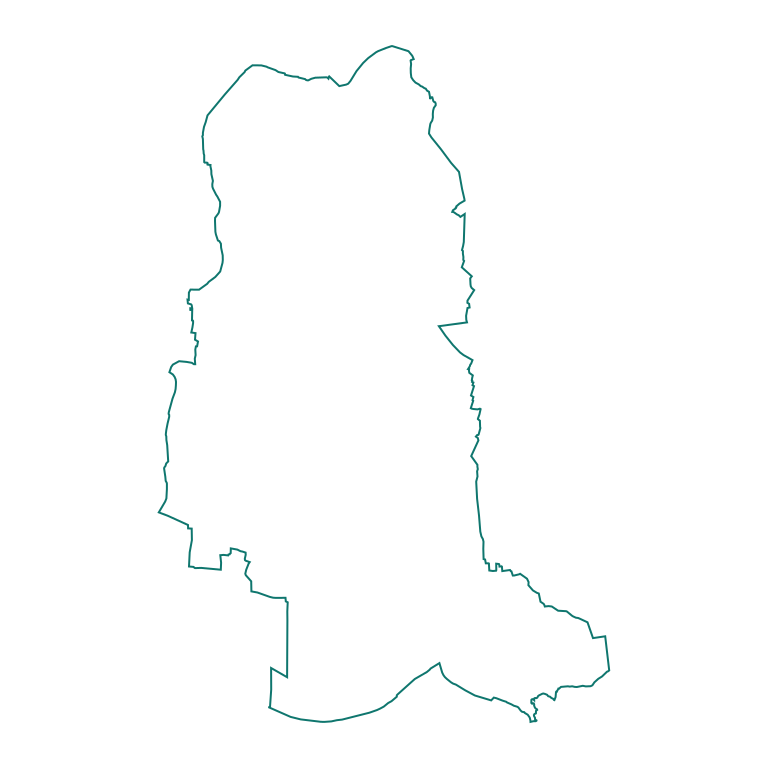 outline of Bang Sai, Phra Nakhon Si Ayutthaya, Thailand
{"feature_id": "78962969B26505935473539", "entity_name": "Bang Sai", "entity_type": "district", "adm_level": 2, "iso_a3": "THA", "parent_name": "Thailand", "parent_adm1": "Phra Nakhon Si Ayutthaya", "projection": "robinson", "projection_center": [100.488, 14.22], "detail": "fine", "context": "isolated", "style": "outline", "palette": "teal", "viewbox_px": 768, "rotation_deg": 0, "n_neighbors": 0, "source": "geoboundaries", "source_scale": "gbopen_adm2", "svg_char_len": 6063}
<svg xmlns="http://www.w3.org/2000/svg" viewBox="0 0 768 768"><path d="M207.5,115.4L205.7,122.1L204.0,126.9L202.9,132.8L202.9,135.2L202.3,136.3L202.9,139.0L203.2,149.3L203.5,150.6L203.7,153.6L204.2,155.2L204.2,162.1L204.7,162.6L206.5,162.6L207.4,162.8L207.6,163.2L207.4,164.1L207.5,164.6L210.5,165.0L210.4,166.1L211.3,170.5L211.4,174.2L212.9,180.9L212.3,184.1L212.4,186.8L213.0,188.6L216.1,194.7L217.4,196.6L220.1,201.8L220.1,205.8L219.0,212.0L218.4,213.4L215.1,217.8L215.0,220.8L215.4,231.8L215.9,234.4L217.9,240.5L219.3,241.1L220.9,243.7L221.1,247.7L222.7,255.3L222.8,260.1L222.5,262.9L220.2,271.5L215.3,277.0L208.8,281.8L207.2,283.8L199.0,289.7L190.5,289.6L188.9,292.6L188.8,299.9L187.5,299.6L187.9,303.4L191.2,304.4L191.7,305.2L192.2,308.3L190.3,308.2L190.3,309.9L192.2,310.2L192.0,320.4L192.9,320.6L193.1,321.0L193.1,323.0L192.4,327.6L191.3,332.5L195.5,333.1L195.0,339.7L198.0,341.5L197.1,346.3L195.9,346.4L195.3,349.6L195.6,355.1L194.8,358.7L195.2,364.2L193.9,364.2L191.8,362.8L186.5,361.9L179.1,361.2L172.9,364.6L171.2,367.0L169.4,372.2L172.9,374.5L174.6,376.9L175.6,379.3L176.0,381.9L175.9,385.2L175.6,389.0L174.9,392.3L172.5,398.7L168.8,412.2L168.6,413.9L169.2,414.9L169.2,416.8L167.6,423.4L166.3,430.1L165.9,433.4L165.8,434.9L166.3,436.4L166.4,440.0L167.2,445.1L168.2,461.4L166.2,463.5L165.4,466.1L164.3,467.5L164.1,468.5L165.3,476.6L165.7,480.9L166.7,482.7L166.9,483.7L166.9,489.2L166.4,498.4L165.2,501.5L158.8,512.4L167.6,515.7L188.0,525.0L188.1,528.4L191.7,528.6L191.9,540.1L189.7,552.3L189.0,566.5L193.5,566.9L194.6,567.9L195.1,568.1L201.1,567.9L220.8,569.7L221.1,562.7L220.3,555.2L223.5,554.9L228.2,555.4L228.5,554.5L229.7,554.3L229.9,553.7L230.7,553.1L230.8,548.4L237.4,549.6L240.5,551.2L242.6,551.6L245.6,552.6L245.7,554.8L244.8,558.8L245.0,560.1L245.7,560.7L249.7,562.1L248.6,563.7L246.2,569.8L245.3,573.7L245.8,575.2L251.2,581.3L251.4,591.4L257.4,592.5L269.8,596.9L273.1,597.7L276.1,597.9L285.5,597.8L285.8,601.4L287.7,602.3L287.3,611.5L287.4,620.3L287.1,677.2L271.1,668.0L271.2,689.6L270.0,707.1L268.4,707.1L290.6,716.9L300.7,719.4L320.9,721.8L324.2,721.9L331.3,721.4L336.9,720.2L342.1,719.6L369.4,712.7L377.1,710.0L380.1,708.6L383.8,706.6L388.2,703.0L391.5,701.2L396.8,696.7L396.8,695.3L397.4,694.6L414.8,679.0L426.9,672.0L429.8,669.6L430.5,668.6L439.4,663.1L442.2,672.6L443.5,675.2L444.9,677.1L446.8,678.9L451.0,682.3L453.1,683.6L455.9,684.6L465.2,690.3L474.9,695.5L491.2,700.4L493.8,697.6L496.3,698.2L502.5,700.6L506.3,701.8L506.9,702.4L511.5,704.4L513.8,705.7L517.1,706.7L518.3,707.4L520.7,710.6L522.1,711.8L524.3,712.2L524.7,712.9L527.7,714.7L529.7,717.5L530.4,720.3L530.5,721.9L533.4,721.2L535.7,721.2L536.4,720.8L536.5,720.4L535.1,719.5L535.0,717.8L534.1,716.2L533.9,715.1L534.5,714.0L535.9,713.4L536.0,710.9L537.2,709.9L537.0,709.3L535.9,708.7L534.9,707.6L534.1,705.5L534.2,704.4L533.8,703.4L532.7,703.2L532.1,703.7L531.3,702.9L531.4,699.8L531.9,699.3L533.0,699.1L534.2,700.2L534.2,699.0L534.5,698.2L535.2,698.0L536.6,698.1L537.4,697.5L538.0,696.2L538.8,695.5L542.2,693.8L543.2,693.5L544.9,693.9L547.1,694.8L548.2,696.2L550.0,696.7L551.3,697.9L553.3,698.9L553.9,699.9L554.4,700.1L555.6,697.0L556.0,692.0L556.4,691.5L556.8,691.7L558.4,688.6L558.9,688.8L561.0,686.9L567.9,686.3L569.7,686.6L572.2,686.3L574.8,686.9L576.9,687.0L582.8,685.8L585.8,686.4L590.6,686.2L592.4,685.3L594.4,682.3L598.3,678.8L602.0,676.5L607.0,671.7L608.1,671.3L609.2,670.4L605.2,636.3L593.0,638.1L587.5,622.3L579.8,618.7L578.2,618.0L575.9,617.7L573.1,616.4L572.1,615.8L566.9,611.5L566.1,611.2L558.1,610.7L551.8,606.5L548.6,606.1L544.8,606.5L544.5,605.4L543.7,603.9L540.5,601.7L538.8,593.5L536.8,592.8L532.9,590.4L528.4,585.2L528.6,582.1L527.0,578.7L520.1,573.8L519.2,574.3L514.2,575.5L512.8,575.5L511.4,571.3L510.7,571.1L510.0,570.0L502.3,571.1L501.9,566.6L501.5,566.3L499.5,566.6L499.2,564.4L498.9,564.0L496.2,563.7L496.3,570.1L496.1,570.7L492.9,571.0L489.3,570.5L488.9,563.5L488.6,563.3L485.8,563.3L485.1,559.5L483.6,559.1L483.3,548.8L483.5,541.7L482.9,539.1L481.4,536.4L480.3,531.6L479.0,515.4L477.1,498.8L476.2,481.6L477.5,476.5L477.1,471.3L477.8,469.1L477.4,466.7L477.4,464.8L471.2,456.1L478.4,440.4L477.8,438.0L475.9,436.6L477.1,435.1L478.3,434.9L478.6,434.6L480.4,428.0L480.1,427.0L479.9,420.7L477.9,419.1L477.9,418.7L479.4,414.5L480.6,409.1L479.9,408.7L477.5,409.4L473.3,409.0L471.5,408.6L470.8,408.2L473.2,400.8L472.5,400.2L473.4,397.0L471.0,395.5L474.0,386.1L472.5,385.2L473.4,382.5L472.0,381.9L472.3,380.8L471.8,380.4L472.2,377.8L472.8,375.4L469.3,372.8L468.9,370.2L469.1,369.1L468.1,369.0L469.8,366.3L470.3,364.6L471.1,363.7L472.5,360.1L463.6,355.1L460.0,352.4L452.9,345.0L445.4,335.6L438.9,326.2L467.0,322.4L466.3,319.9L466.1,315.8L467.5,308.0L469.6,307.5L469.1,303.8L467.4,302.8L467.5,300.6L474.2,290.1L471.7,288.0L470.8,286.4L470.5,284.4L470.2,278.4L471.8,276.3L461.8,267.3L464.1,260.9L463.3,259.9L463.4,257.0L462.9,253.7L462.9,251.0L462.0,250.1L463.1,245.9L463.8,242.0L464.7,214.0L460.4,216.9L458.8,215.3L456.9,214.4L454.4,212.6L453.4,212.0L452.3,211.9L452.9,210.3L455.8,208.3L455.7,207.7L456.4,207.0L456.3,206.4L459.5,203.6L464.6,200.6L464.3,198.6L462.1,189.1L459.0,171.9L451.1,162.9L441.0,149.3L431.4,137.4L429.0,133.6L429.3,130.1L430.3,124.0L430.8,122.8L432.2,120.6L432.9,117.5L432.8,114.1L433.1,110.7L433.9,107.8L435.7,105.3L435.7,103.7L435.2,102.3L434.2,102.0L433.3,101.0L432.3,97.3L431.8,97.2L430.3,98.4L430.0,98.3L429.9,96.3L429.0,91.8L427.0,90.6L425.8,88.7L424.3,88.1L422.2,86.6L420.7,86.1L418.8,84.4L415.5,82.6L413.2,80.2L411.3,77.3L410.8,73.0L410.7,68.4L411.1,64.0L410.6,60.5L410.8,60.2L413.7,59.1L412.7,56.7L412.1,55.6L408.5,51.2L392.3,46.1L391.6,46.1L386.0,48.0L378.2,51.1L376.0,52.3L368.2,58.1L363.1,63.0L356.5,71.1L350.5,80.9L348.2,83.7L346.2,84.6L339.3,86.1L329.2,76.4L328.8,76.9L328.4,78.6L327.4,77.6L326.4,77.3L315.3,77.7L311.3,78.8L308.4,80.3L307.1,80.3L305.9,79.9L305.1,79.1L298.5,77.5L298.0,76.8L292.9,76.5L285.1,74.8L284.9,73.6L284.7,73.4L278.4,72.0L275.5,70.1L267.6,67.3L266.6,66.7L261.3,65.4L252.5,65.3L245.3,70.6L244.6,72.1L239.3,77.3L237.7,79.8L224.8,94.5L207.5,115.4Z" fill="none" stroke="#0f766e" stroke-width="2"/></svg>